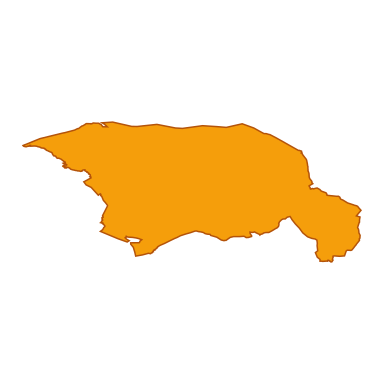 Tinn nor, Telemark, Norway
{"feature_id": "86288312B25517815255384", "entity_name": "Tinn nor", "entity_type": "district", "adm_level": 2, "iso_a3": "NOR", "parent_name": "Norway", "parent_adm1": "Telemark", "projection": "robinson", "projection_center": [8.504, 59.975], "detail": "fine", "context": "isolated", "style": "filled", "palette": "amber", "viewbox_px": 384, "rotation_deg": 0, "n_neighbors": 0, "source": "geoboundaries", "source_scale": "gbopen_adm2", "svg_char_len": 5787}
<svg xmlns="http://www.w3.org/2000/svg" viewBox="0 0 384 384"><path d="M357.6,227.4L359.2,222.5L359.5,222.2L359.5,220.0L360.0,217.0L356.4,215.9L361.0,210.3L359.0,208.1L357.6,206.3L356.6,205.8L355.6,205.5L354.8,205.4L353.6,204.9L347.5,202.9L343.0,200.1L340.6,199.1L340.0,197.9L340.0,197.4L338.6,196.3L336.7,196.3L327.1,195.3L326.8,194.8L326.9,194.2L326.0,192.8L321.3,191.1L319.8,189.5L317.1,188.0L315.1,188.4L313.5,188.9L312.6,188.5L312.0,188.6L310.9,189.1L310.4,189.0L310.2,188.5L310.1,187.7L309.9,187.2L309.3,186.6L309.1,185.8L312.8,183.7L312.6,183.5L312.4,183.6L312.2,183.3L312.1,182.8L311.9,182.5L312.0,182.4L311.8,181.3L309.7,178.6L309.2,177.0L309.0,173.6L308.5,171.9L307.9,170.8L308.1,170.3L307.9,168.6L307.9,166.5L307.6,165.8L307.4,163.9L306.6,160.1L306.1,159.1L304.2,156.7L302.7,154.7L302.0,153.3L301.3,153.0L301.9,152.5L301.5,151.7L301.6,151.4L301.5,151.1L300.2,150.8L299.6,150.4L298.4,150.4L276.4,138.0L269.9,134.6L268.8,134.4L266.1,133.6L264.0,133.6L261.7,132.4L253.8,128.0L242.2,123.8L226.3,127.4L216.6,126.6L202.5,125.7L182.5,128.4L175.5,128.0L156.9,124.4L137.1,126.5L131.7,126.4L112.7,122.1L102.1,122.8L103.1,123.4L103.3,123.6L104.6,124.2L105.0,124.8L106.5,125.9L106.7,126.4L107.2,126.8L103.0,126.8L103.0,126.6L102.4,126.3L102.2,125.9L101.8,125.6L101.3,124.7L100.8,124.3L100.1,124.1L98.8,123.3L98.2,123.2L95.8,123.2L93.4,123.0L92.5,123.3L92.4,123.5L91.0,123.9L90.9,123.7L86.3,123.6L85.3,124.2L85.2,124.5L84.1,125.0L83.1,125.7L81.7,126.1L81.3,126.5L80.2,127.2L79.9,127.6L78.4,128.6L77.6,128.6L74.6,130.1L64.7,132.7L63.0,133.0L40.1,138.6L23.0,145.5L23.3,145.9L23.7,146.1L23.8,146.3L25.3,146.7L26.7,146.7L27.5,146.3L29.1,146.2L29.3,146.1L29.4,145.6L29.9,145.4L30.1,145.4L29.8,145.8L29.9,146.1L30.5,146.2L34.2,146.0L36.7,146.2L37.5,146.6L39.8,147.1L40.6,147.5L41.1,147.9L41.6,147.9L41.7,148.0L42.8,148.1L43.1,148.2L43.6,148.1L44.4,148.4L44.4,148.7L45.3,149.0L45.5,149.2L45.4,149.5L45.5,149.6L46.3,149.9L46.5,150.3L48.4,151.0L48.7,151.3L49.6,151.6L50.2,152.0L50.8,152.1L51.5,152.4L51.8,152.8L52.2,153.0L52.5,154.1L52.8,154.5L53.0,154.9L53.4,155.4L53.7,155.5L53.7,155.8L55.7,156.2L56.1,156.9L56.2,157.2L57.0,158.1L57.9,158.3L58.4,158.2L58.8,158.2L61.3,159.3L61.9,159.8L62.5,160.5L63.0,160.6L63.7,161.3L64.2,161.5L64.6,161.7L64.8,162.0L65.1,162.0L65.3,162.5L65.3,162.9L63.7,163.0L63.4,163.1L63.6,163.2L63.5,163.4L64.5,163.5L64.8,163.9L65.6,164.3L66.0,164.3L66.7,164.6L66.8,164.9L66.7,165.0L66.3,165.2L65.7,165.0L63.8,165.2L63.3,165.5L63.0,165.9L63.1,166.1L62.9,166.3L63.1,166.5L63.5,166.7L64.3,166.5L65.9,167.0L65.8,167.4L65.3,167.0L64.6,167.3L64.4,167.5L64.7,167.9L66.0,167.7L65.9,168.0L66.5,168.0L66.6,167.9L66.2,167.8L66.5,167.5L66.9,167.4L68.4,167.5L70.0,168.4L70.3,168.9L70.9,169.3L72.9,169.9L74.2,170.1L75.5,170.5L76.8,170.6L77.5,170.9L79.4,171.0L80.5,171.4L81.7,171.2L82.1,171.0L81.9,170.8L82.2,170.5L83.1,170.0L84.8,169.8L85.0,169.9L84.8,170.3L84.6,170.4L85.2,171.0L87.0,171.7L86.9,172.2L88.1,172.6L88.1,172.8L88.4,173.4L88.9,173.5L88.7,174.0L88.8,174.1L90.1,174.6L90.3,174.9L90.4,175.4L90.2,175.7L90.1,176.4L90.4,176.6L90.0,176.8L90.9,177.4L91.0,177.9L83.8,181.8L86.1,184.9L91.2,187.4L98.3,195.2L100.2,193.8L100.8,194.3L100.9,194.6L100.8,195.1L100.7,195.6L101.7,196.3L103.4,200.4L105.3,202.5L107.5,205.3L107.4,206.2L102.7,215.4L102.9,215.5L102.9,215.8L102.7,216.1L103.0,216.4L102.9,217.0L103.0,217.3L102.6,217.4L102.6,217.6L101.9,217.9L102.1,218.4L102.1,218.8L102.3,219.1L102.1,219.3L102.5,219.8L102.3,220.1L102.5,220.5L101.8,221.0L101.5,221.5L101.3,221.8L101.1,222.5L100.8,222.7L101.2,222.8L101.4,222.7L101.8,222.9L102.1,222.9L102.0,223.1L102.4,223.2L102.1,223.4L102.5,223.3L102.7,223.6L103.0,223.7L103.3,224.0L103.2,224.2L104.0,224.8L104.9,226.0L104.8,226.6L103.8,227.5L102.7,229.6L100.4,231.4L118.2,238.8L127.2,242.0L129.2,240.7L126.6,239.2L125.1,237.8L125.6,237.3L126.1,237.3L126.3,236.3L128.0,237.1L132.7,237.4L136.4,238.0L139.4,238.8L139.9,239.1L141.6,239.6L141.8,239.7L140.0,241.1L139.6,242.3L139.2,242.7L130.7,242.8L130.7,244.1L133.3,247.3L134.8,252.2L135.7,256.1L142.5,254.9L148.4,253.3L150.6,253.7L151.2,253.1L152.1,252.8L152.1,252.5L152.5,252.4L152.7,251.8L153.3,251.7L153.1,251.2L153.6,250.5L154.1,250.4L154.3,250.1L154.7,250.0L154.6,249.9L154.5,249.6L155.2,249.5L155.7,249.0L156.1,248.8L156.4,248.5L156.4,248.3L156.9,248.1L156.9,247.9L157.3,247.6L157.2,247.5L157.6,246.8L160.2,245.3L164.6,243.4L170.2,240.6L174.8,238.4L176.8,237.6L180.5,235.7L185.7,234.0L190.4,232.7L195.0,231.1L196.5,231.0L198.4,231.6L200.9,231.9L203.3,232.5L205.1,233.6L207.1,234.1L210.1,234.4L210.7,235.4L216.8,237.2L221.2,240.0L224.1,240.7L224.7,240.4L226.0,240.4L230.2,237.4L233.5,236.6L239.6,236.6L243.5,236.3L244.3,236.4L246.2,237.6L248.3,237.5L251.6,236.5L251.7,235.9L250.1,233.5L250.0,232.1L251.8,232.4L252.8,232.4L254.7,231.9L255.1,232.3L256.7,233.1L259.3,234.3L259.9,235.1L260.5,234.4L262.7,233.8L263.4,233.1L265.3,232.6L266.8,232.5L268.6,232.5L269.0,232.4L272.3,230.6L275.6,228.6L277.2,227.8L278.4,226.5L278.7,225.9L279.0,223.9L278.7,223.4L279.3,222.2L279.6,221.7L281.6,219.7L283.1,219.0L285.3,218.9L287.2,217.2L290.1,216.5L292.1,219.8L295.4,224.0L299.3,228.1L302.8,232.9L307.6,236.8L311.8,238.4L315.1,239.0L316.9,240.1L317.3,243.2L317.1,245.7L317.7,250.8L315.4,252.6L317.3,257.2L320.0,259.4L320.0,261.2L321.7,261.2L322.7,261.4L326.5,261.1L327.6,261.2L327.8,261.0L327.6,260.6L327.8,260.3L328.0,260.2L329.1,260.5L329.3,260.7L329.5,261.1L330.3,261.2L330.6,261.8L331.8,261.9L333.0,260.1L332.4,259.6L332.6,258.6L333.1,257.2L332.9,256.9L333.1,256.1L334.5,255.9L339.6,256.3L344.5,255.9L346.2,251.0L346.9,250.4L347.4,250.2L350.9,250.4L351.9,250.0L353.4,248.2L355.3,245.7L356.0,245.0L356.4,244.2L359.0,241.0L359.5,240.2L359.2,239.0L359.9,238.2L360.1,235.3L359.0,233.1L358.9,232.3L358.7,230.2L358.4,229.1L357.8,228.1L357.6,227.4Z" fill="#f59e0b" stroke="#b45309" stroke-width="1.5"/></svg>